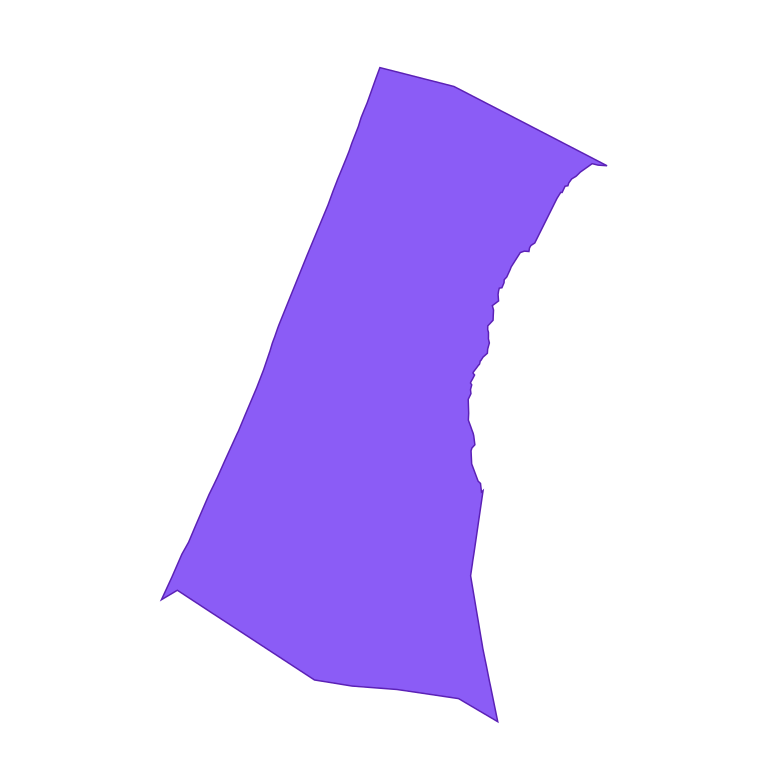 the district of La Grandeza, Chiapas, Mexico, rotated 191°
{"feature_id": "50627088B79475458377656", "entity_name": "La Grandeza", "entity_type": "district", "adm_level": 2, "iso_a3": "MEX", "parent_name": "Mexico", "parent_adm1": "Chiapas", "projection": "robinson", "projection_center": [-92.226, 15.51], "detail": "fine", "context": "isolated", "style": "filled", "palette": "violet", "viewbox_px": 768, "rotation_deg": 191, "n_neighbors": 0, "source": "geoboundaries", "source_scale": "gbopen_adm2", "svg_char_len": 1905}
<svg xmlns="http://www.w3.org/2000/svg" viewBox="0 0 768 768"><g transform="rotate(191 384 384)"><path d="M561.3,129.8L547.5,142.1L529.7,134.8L509.2,126.4L487.7,117.7L395.8,80.2L357.6,81.4L313.0,86.6L250.8,89.4L227.1,81.0L207.9,74.2L221.8,107.7L223.6,111.9L229.6,126.6L232.0,132.3L236.6,143.4L237.5,145.9L238.7,149.1L239.7,151.7L246.8,170.7L250.5,180.5L255.2,193.1L262.4,212.3L262.9,223.2L262.9,223.8L263.1,226.5L263.4,234.9L264.1,250.0L265.0,268.5L266.4,298.3L267.7,296.5L270.3,304.8L273.1,306.6L282.7,322.3L285.8,335.0L285.5,337.9L283.2,341.7L286.0,350.2L287.1,352.7L288.9,355.6L290.6,358.5L294.3,364.6L295.3,371.4L298.4,385.0L296.8,391.1L298.0,394.9L298.0,395.9L297.7,399.9L299.3,401.5L299.0,403.1L298.6,404.2L298.0,406.0L296.8,410.1L298.6,411.6L298.7,412.5L295.7,418.6L295.2,419.7L294.5,421.0L294.2,421.3L294.0,421.9L293.9,425.1L293.4,425.5L291.9,429.3L288.4,433.9L288.9,438.1L288.4,444.4L290.1,448.2L290.6,451.0L291.3,454.6L292.6,457.2L293.2,460.9L289.1,467.4L289.8,471.9L290.1,474.1L290.6,477.5L292.6,481.6L287.4,487.4L289.1,493.6L289.3,497.4L289.1,500.1L286.6,501.0L285.5,506.3L285.9,509.3L283.9,512.5L282.0,520.4L281.5,523.2L275.3,539.0L271.6,541.2L267.0,541.7L267.1,545.4L266.2,548.0L262.9,551.2L249.6,599.2L247.1,605.8L245.7,606.0L244.0,612.7L241.3,613.7L241.0,616.6L238.9,621.1L234.9,624.8L231.7,629.5L221.7,640.0L215.7,639.7L206.7,640.8L287.9,664.7L372.1,689.4L448.4,693.8L450.3,682.3L454.2,656.5L455.9,648.3L457.3,641.1L458.3,631.9L461.5,614.4L462.7,605.8L464.1,598.4L466.4,586.8L468.8,575.0L468.8,574.7L470.8,563.7L470.9,563.1L473.1,549.2L484.2,495.0L498.6,421.1L498.6,420.9L499.0,418.5L500.4,408.6L500.5,408.3L501.4,402.9L502.3,393.7L502.4,393.4L504.9,375.0L508.3,355.9L514.5,326.6L517.9,310.0L518.8,306.7L525.7,278.0L529.6,261.2L532.0,251.9L534.5,242.7L534.6,242.4L542.2,207.7L545.6,191.5L549.9,178.5L555.4,153.8L561.3,129.8Z" fill="#8b5cf6" stroke="#5b21b6" stroke-width="1.5"/></g></svg>